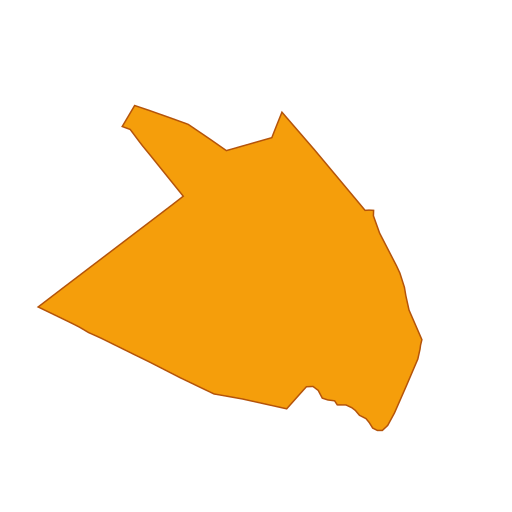 Geminiano, Piauí, Brazil, rotated 200°
{"feature_id": "56859067B90683897163766", "entity_name": "Geminiano", "entity_type": "district", "adm_level": 2, "iso_a3": "BRA", "parent_name": "Brazil", "parent_adm1": "Piauí", "projection": "orthographic", "projection_center": [-41.357, -7.203], "detail": "fine", "context": "isolated", "style": "filled", "palette": "amber", "viewbox_px": 512, "rotation_deg": 200, "n_neighbors": 0, "source": "geoboundaries", "source_scale": "gbopen_adm2", "svg_char_len": 948}
<svg xmlns="http://www.w3.org/2000/svg" viewBox="0 0 512 512"><g transform="rotate(200 256 256)"><path d="M161.1,339.1L165.4,337.8L169.1,336.2L237.4,375.8L280.8,400.0L281.3,384.6L281.6,372.6L319.9,344.9L338.2,349.8L364.7,356.5L376.4,356.5L404.2,356.3L421.5,355.9L426.0,331.9L417.5,331.9L404.2,323.2L400.1,320.6L390.8,315.1L344.8,287.3L353.3,273.8L426.5,159.9L443.3,133.6L405.2,129.7L397.8,128.8L387.2,126.8L373.6,125.8L336.3,121.7L321.0,120.1L285.8,115.7L248.3,112.0L219.9,117.0L174.9,122.9L165.8,145.8L163.9,150.4L157.8,152.9L151.6,151.0L145.1,145.1L139.3,145.3L132.6,146.8L128.7,143.9L120.5,146.8L114.0,146.2L109.9,144.9L104.3,141.7L97.0,140.8L92.6,138.2L87.5,134.2L82.3,133.6L77.6,135.3L74.3,141.8L72.2,155.8L71.4,168.2L70.9,176.0L70.3,185.4L68.7,214.5L70.0,224.5L70.9,228.6L71.5,234.1L93.7,257.5L101.6,269.9L105.8,277.3L114.9,289.1L120.5,294.7L147.7,319.8L159.4,333.9L161.1,339.1Z" fill="#f59e0b" stroke="#b45309" stroke-width="1.5"/></g></svg>